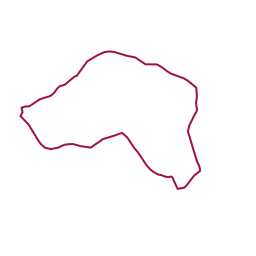 map outline of Kapisa (Mercator projection), rotated 322°
{"feature_id": "AFG-1768", "entity_name": "Kapisa", "entity_type": "Province", "adm_level": 1, "iso_a3": "AFG", "parent_name": "Afghanistan", "parent_adm1": "", "projection": "mercator", "projection_center": [69.606, 34.911], "detail": "fine", "context": "isolated", "style": "outline", "palette": "rose", "viewbox_px": 256, "rotation_deg": 322, "n_neighbors": 0, "source": "natural_earth", "source_scale": "10m", "svg_char_len": 1018}
<svg xmlns="http://www.w3.org/2000/svg" viewBox="0 0 256 256"><g transform="rotate(322 128 128)"><path d="M201.9,145.3L196.8,150.5L194.5,154.5L193.9,155.8L192.1,157.3L188.7,158.5L177.3,164.1L173.0,167.9L161.7,197.0L160.9,201.0L159.7,204.3L158.1,206.2L150.8,206.2L137.9,209.5L135.2,209.5L129.7,206.5L131.8,197.1L132.4,195.2L132.4,193.1L129.8,191.6L128.3,190.3L126.8,188.4L125.4,185.7L123.8,184.1L122.5,181.9L120.9,178.1L120.0,174.1L119.7,168.8L120.8,153.8L120.6,147.6L121.6,135.1L120.3,128.2L112.1,125.4L101.3,121.3L86.5,120.5L79.3,112.9L74.7,106.7L71.4,104.3L67.5,102.0L60.7,100.4L54.2,97.1L50.4,92.5L49.4,86.6L49.8,80.8L51.8,64.1L50.6,52.5L54.6,50.6L56.6,46.5L60.1,47.7L63.5,50.1L76.3,51.1L86.7,55.0L91.5,54.8L96.7,53.3L100.0,53.1L104.9,55.0L117.1,54.5L119.8,55.3L136.9,50.4L147.9,51.7L155.7,53.5L160.2,56.0L163.6,59.2L171.8,70.7L177.2,76.9L181.0,88.6L189.6,95.4L190.9,97.8L192.4,101.8L193.3,105.8L195.1,111.2L202.6,123.4L204.3,127.7L206.6,138.3L201.9,145.3Z" fill="none" stroke="#9f1239" stroke-width="2"/></g></svg>